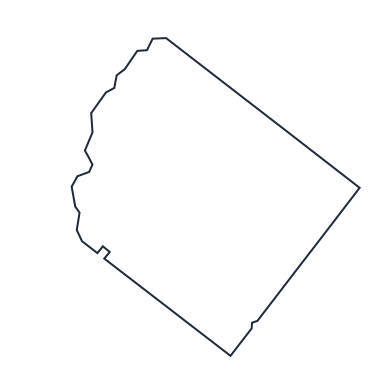 Coosa, Alabama, United States of America (orthographic projection), rotated 38°
{"feature_id": "52423323B80267107041052", "entity_name": "Coosa", "entity_type": "district", "adm_level": 2, "iso_a3": "USA", "parent_name": "United States of America", "parent_adm1": "Alabama", "projection": "orthographic", "projection_center": [-86.325, 32.929], "detail": "fine", "context": "isolated", "style": "outline", "palette": "slate", "viewbox_px": 384, "rotation_deg": 38, "n_neighbors": 0, "source": "geoboundaries", "source_scale": "gbopen_adm2", "svg_char_len": 551}
<svg xmlns="http://www.w3.org/2000/svg" viewBox="0 0 384 384"><g transform="rotate(38 192 192)"><path d="M321.6,94.2L321.5,85.5L237.6,85.8L76.8,86.7L66.6,95.4L69.2,108.0L62.0,114.5L63.4,136.6L60.8,146.4L66.7,157.9L62.9,166.5L64.0,191.9L76.9,206.3L82.1,225.3L89.5,228.4L96.7,231.7L98.6,239.5L92.0,250.1L93.9,261.9L109.0,275.4L116.1,277.5L124.6,292.9L135.6,298.5L155.1,298.4L155.2,289.7L164.1,289.9L163.9,298.5L323.2,297.4L323.0,262.8L319.8,258.0L322.9,253.3L322.3,185.4L322.1,150.2L321.6,94.2Z" fill="none" stroke="#1e293b" stroke-width="2"/></g></svg>